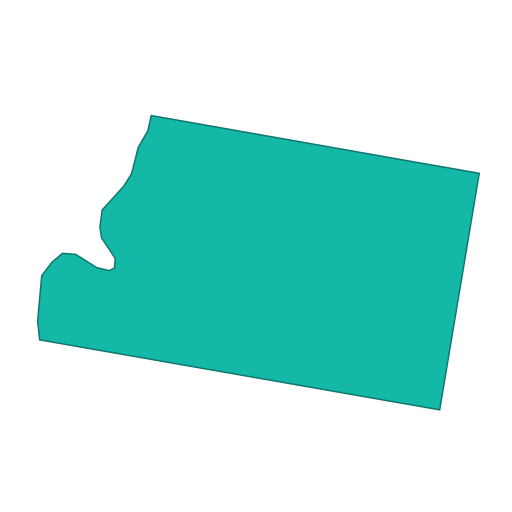 Potter, South Dakota, United States of America, rotated 10°
{"feature_id": "52423323B36213631137134", "entity_name": "Potter", "entity_type": "district", "adm_level": 2, "iso_a3": "USA", "parent_name": "United States of America", "parent_adm1": "South Dakota", "projection": "orthographic", "projection_center": [-100.174, 45.072], "detail": "fine", "context": "isolated", "style": "filled", "palette": "teal", "viewbox_px": 512, "rotation_deg": 10, "n_neighbors": 0, "source": "geoboundaries", "source_scale": "gbopen_adm2", "svg_char_len": 438}
<svg xmlns="http://www.w3.org/2000/svg" viewBox="0 0 512 512"><g transform="rotate(10 256 256)"><path d="M463.6,375.6L461.5,135.8L395.7,135.9L128.4,135.9L127.8,151.4L121.2,169.3L119.2,196.4L113.5,210.5L96.5,237.4L97.3,254.7L100.8,265.0L117.8,282.8L118.7,292.4L113.9,295.9L101.1,295.1L78.1,285.7L65.0,287.0L56.1,297.6L48.4,312.6L52.3,358.4L57.6,376.2L414.0,375.7L463.6,375.6Z" fill="#14b8a6" stroke="#0f766e" stroke-width="1.5"/></g></svg>